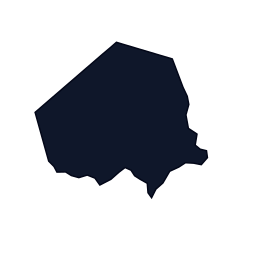 Riachão do Bacamarte, Paraíba, Brazil, rotated 43°
{"feature_id": "56859067B52420938057860", "entity_name": "Riachão do Bacamarte", "entity_type": "district", "adm_level": 2, "iso_a3": "BRA", "parent_name": "Brazil", "parent_adm1": "Paraíba", "projection": "equal_earth", "projection_center": [-35.653, -7.24], "detail": "fine", "context": "isolated", "style": "filled", "palette": "ink", "viewbox_px": 256, "rotation_deg": 43, "n_neighbors": 0, "source": "geoboundaries", "source_scale": "gbopen_adm2", "svg_char_len": 652}
<svg xmlns="http://www.w3.org/2000/svg" viewBox="0 0 256 256"><g transform="rotate(43 128 128)"><path d="M113.3,47.3L66.8,70.4L61.1,73.2L60.2,81.8L59.1,90.8L49.4,179.9L92.6,206.3L100.1,206.6L106.1,208.7L112.3,202.7L119.0,201.4L125.9,197.8L130.3,190.2L138.0,187.2L146.3,188.9L150.5,177.1L151.5,166.6L152.8,158.9L159.0,156.8L165.4,158.4L172.0,157.2L179.8,155.3L186.8,161.7L192.8,162.9L190.1,153.7L191.0,144.4L188.0,131.2L191.8,121.9L193.7,114.2L199.9,109.0L206.6,104.8L206.3,95.5L200.9,91.1L195.2,94.3L188.8,94.7L182.6,85.4L172.4,87.1L161.4,78.9L156.4,69.3L149.7,64.4L140.4,60.7L113.3,47.3Z" fill="#0f172a" stroke="#020617" stroke-width="1.5"/></g></svg>